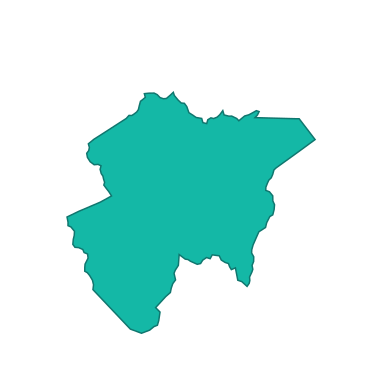 the district of Santana de Mangueira, Paraíba, Brazil, rotated 332°
{"feature_id": "56859067B83956066000266", "entity_name": "Santana de Mangueira", "entity_type": "district", "adm_level": 2, "iso_a3": "BRA", "parent_name": "Brazil", "parent_adm1": "Paraíba", "projection": "orthographic", "projection_center": [-38.328, -7.628], "detail": "fine", "context": "isolated", "style": "filled", "palette": "teal", "viewbox_px": 384, "rotation_deg": 332, "n_neighbors": 0, "source": "geoboundaries", "source_scale": "gbopen_adm2", "svg_char_len": 2124}
<svg xmlns="http://www.w3.org/2000/svg" viewBox="0 0 384 384"><g transform="rotate(332 192 192)"><path d="M73.2,284.1L81.1,293.0L89.8,294.1L95.2,293.0L98.9,293.4L102.3,289.9L107.4,283.0L105.6,277.0L119.7,272.0L125.7,270.6L128.5,267.2L132.0,263.9L136.2,261.9L138.0,255.3L140.5,253.2L145.5,250.4L151.3,241.2L154.5,248.1L156.8,249.8L158.1,252.4L162.7,258.3L166.0,259.2L169.5,257.2L174.1,256.7L176.7,259.4L180.4,257.0L183.1,259.0L186.1,261.1L185.9,265.8L188.2,269.8L190.6,272.3L190.1,275.7L190.3,279.0L194.7,279.4L191.0,291.4L193.9,294.5L196.3,301.2L199.6,299.5L201.5,297.3L202.9,294.1L207.3,290.8L209.4,288.8L210.6,285.0L213.8,282.3L216.1,278.2L216.0,273.9L217.6,271.1L221.1,267.4L227.8,262.1L232.4,258.5L236.4,258.2L240.3,257.8L243.5,254.2L249.2,250.2L252.6,250.1L256.3,246.0L258.9,242.0L259.2,237.8L261.5,233.3L260.5,228.2L257.9,225.2L259.4,222.5L262.9,219.5L265.4,217.6L268.6,216.7L271.5,214.4L274.7,211.0L277.6,210.2L305.3,206.4L325.3,203.5L321.0,177.6L317.8,175.9L313.9,173.7L282.5,155.9L286.0,154.7L289.0,152.5L287.0,150.4L282.4,150.5L278.4,150.5L274.2,149.6L270.1,150.4L266.8,151.1L266.0,148.1L262.7,143.6L260.2,142.4L256.5,139.0L257.4,134.6L252.8,136.8L249.4,137.7L245.6,137.3L243.5,135.4L239.9,135.6L237.1,138.5L234.2,135.9L235.1,131.6L230.6,128.1L228.9,124.7L226.5,120.5L227.5,114.1L226.9,110.1L224.3,108.4L222.9,104.3L221.7,98.5L222.3,95.2L218.3,96.3L213.3,97.4L210.5,96.2L208.1,93.6L207.0,89.7L205.0,86.9L200.1,84.4L196.1,82.8L195.2,86.5L192.0,87.2L189.1,87.7L186.1,90.9L183.3,94.1L180.7,95.4L177.8,95.9L174.8,96.2L172.3,94.8L168.5,96.2L135.1,99.0L130.0,99.4L123.1,100.8L122.3,104.5L120.2,107.0L117.2,108.4L115.9,112.4L116.3,117.5L118.4,122.0L122.0,123.5L124.0,126.1L121.5,128.9L120.5,133.1L120.8,136.2L120.0,139.0L119.4,142.4L117.4,144.5L118.0,148.6L118.7,152.5L119.1,157.7L106.3,157.9L82.9,155.9L69.9,155.4L68.4,160.4L66.7,163.5L68.7,166.0L69.8,171.5L67.6,175.1L65.0,178.0L62.2,182.3L62.7,185.9L65.8,187.9L68.6,191.5L68.3,194.8L70.7,197.7L69.2,201.6L63.7,205.5L61.9,208.3L60.1,211.6L61.7,214.1L62.4,217.6L62.7,223.1L61.5,227.7L58.7,231.7L73.2,284.1Z" fill="#14b8a6" stroke="#0f766e" stroke-width="1.5"/></g></svg>